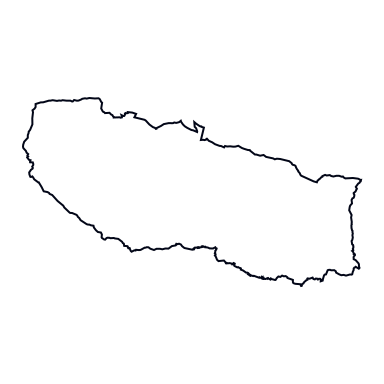 Vizantea-Livezi, Vrancea, Romania (Robinson projection)
{"feature_id": "2599482B64816881324136", "entity_name": "Vizantea-Livezi", "entity_type": "district", "adm_level": 2, "iso_a3": "ROU", "parent_name": "Romania", "parent_adm1": "Vrancea", "projection": "robinson", "projection_center": [26.804, 45.968], "detail": "fine", "context": "isolated", "style": "outline", "palette": "ink", "viewbox_px": 384, "rotation_deg": 0, "n_neighbors": 0, "source": "geoboundaries", "source_scale": "gbopen_adm2", "svg_char_len": 6027}
<svg xmlns="http://www.w3.org/2000/svg" viewBox="0 0 384 384"><path d="M154.0,250.0L156.5,248.8L160.0,248.8L162.3,249.3L165.4,248.5L168.5,248.6L171.9,246.1L175.7,245.4L176.6,244.5L176.0,244.4L176.3,243.8L177.9,244.1L179.0,243.7L180.9,244.5L182.1,246.2L184.4,248.0L192.3,249.7L194.0,249.4L194.3,248.8L193.8,248.4L194.8,247.6L196.6,247.6L198.0,247.1L198.3,247.1L198.1,248.0L199.3,247.9L199.8,247.5L202.2,247.0L201.9,246.3L202.1,246.2L203.0,246.2L203.7,246.8L205.4,246.7L205.6,246.9L205.5,247.3L207.7,247.5L209.7,248.4L213.0,248.5L215.3,247.3L215.6,247.9L216.5,248.4L216.1,249.0L216.3,249.5L215.3,250.7L215.3,252.0L214.8,253.3L215.5,254.0L215.6,254.8L214.9,255.4L215.9,256.9L217.0,259.7L218.5,261.1L223.9,260.5L225.6,262.4L225.9,263.3L226.5,263.4L226.7,262.9L227.9,263.3L229.7,263.1L231.6,263.6L232.1,264.3L233.6,263.0L234.6,263.5L234.8,263.8L234.0,265.0L234.4,265.9L237.3,267.4L238.1,267.1L239.4,267.9L240.4,268.1L240.9,268.4L240.8,269.6L243.1,270.5L246.2,272.7L247.5,272.7L248.1,273.0L248.7,273.6L248.1,274.3L249.1,274.9L250.3,274.8L250.6,275.1L250.1,275.7L250.4,275.9L251.5,275.5L253.2,276.1L253.8,275.8L259.1,277.7L259.4,277.3L260.0,277.7L261.2,277.6L261.5,277.2L261.6,277.5L261.3,278.0L261.9,278.2L262.1,277.4L262.4,277.2L262.3,278.7L263.2,279.0L263.6,279.0L263.9,278.4L264.1,278.8L265.6,279.0L267.3,278.2L267.6,278.7L268.3,278.2L268.7,278.7L270.5,279.6L270.7,279.4L270.2,279.1L270.8,278.4L271.5,279.0L275.1,280.0L275.6,279.9L276.9,277.9L278.4,276.5L280.4,276.9L282.1,275.6L283.8,276.3L285.7,276.1L287.3,277.2L287.5,278.0L292.9,279.9L292.9,282.1L293.2,282.9L293.8,283.3L295.3,283.8L300.2,284.2L301.1,286.0L301.7,285.9L301.9,285.2L301.6,284.5L302.6,283.7L303.3,283.6L304.4,281.8L305.5,281.1L305.7,280.6L307.5,279.7L307.3,278.6L307.5,278.4L309.6,278.7L312.6,277.6L313.4,279.0L314.4,279.3L314.8,279.4L315.6,278.6L317.0,278.6L317.7,279.5L318.3,279.4L318.9,278.8L320.1,278.8L321.1,279.7L320.7,280.6L320.7,281.3L322.7,280.6L322.9,279.2L324.0,275.5L324.7,274.6L326.0,274.4L327.7,270.2L328.7,269.9L330.0,269.8L331.2,270.3L334.3,270.2L335.8,271.3L336.1,272.6L339.3,274.4L341.3,275.2L343.7,274.9L346.0,275.6L350.0,274.5L351.7,274.6L352.2,274.3L352.9,271.5L353.6,270.2L353.7,268.4L354.5,267.5L355.3,267.3L355.7,266.8L358.8,268.7L359.5,267.9L359.0,266.5L358.9,264.2L358.4,263.2L355.6,260.1L353.7,259.2L353.6,257.1L353.9,256.3L354.9,255.3L354.9,254.4L353.8,254.1L354.0,253.5L353.4,252.8L353.0,251.5L352.2,250.9L353.3,250.1L352.8,248.9L353.4,247.7L353.2,247.0L353.4,246.5L353.1,245.0L352.2,244.4L351.6,241.0L352.3,239.9L352.8,237.5L352.4,235.1L352.8,233.6L352.5,232.4L352.5,230.8L352.1,230.4L351.5,228.1L351.4,225.1L351.8,224.3L351.6,223.2L351.8,222.1L351.1,217.5L351.6,215.0L349.2,210.3L349.7,207.0L350.2,205.5L352.0,203.5L351.6,200.0L352.4,198.4L353.6,197.8L354.1,196.8L354.4,194.9L353.7,193.7L353.7,193.0L355.4,191.6L356.1,190.4L356.2,189.8L356.9,188.8L355.8,186.9L358.2,183.6L359.5,182.8L359.7,182.2L360.7,181.4L361.0,180.0L360.2,180.2L359.8,179.5L358.1,178.7L352.9,178.0L345.3,178.4L343.6,177.4L342.9,176.5L341.6,176.7L339.1,175.8L336.4,175.8L333.4,176.5L331.2,176.0L329.8,175.1L326.7,175.5L325.1,174.9L322.4,176.1L322.4,176.7L321.1,177.4L320.0,178.7L319.0,179.3L318.5,180.0L317.6,180.5L316.9,182.3L313.7,181.4L301.2,175.7L300.3,174.6L299.8,173.2L298.2,171.4L298.2,170.7L297.1,169.4L296.0,167.4L295.7,166.2L294.7,165.3L292.6,164.7L292.1,164.2L291.6,163.1L289.2,161.2L280.2,159.0L276.9,158.7L274.8,159.3L273.1,158.4L266.1,156.9L263.6,155.0L260.1,155.7L256.2,154.5L254.9,154.5L250.0,150.6L249.8,150.1L247.9,150.0L244.3,148.9L241.9,148.0L238.3,145.8L235.4,146.6L233.3,146.7L230.2,146.3L227.1,146.5L225.0,146.0L224.1,147.4L221.0,146.0L219.6,145.9L215.0,144.2L212.2,142.3L208.8,140.8L206.9,138.7L206.5,138.8L206.2,139.6L204.6,140.1L203.1,139.8L200.9,140.0L203.9,127.6L201.6,126.9L201.2,126.7L201.2,126.4L199.8,126.2L196.0,123.6L194.3,122.1L194.7,126.8L196.1,128.2L197.2,131.3L197.1,132.0L193.1,130.3L191.4,130.0L187.3,127.9L184.8,126.3L183.0,124.5L181.1,121.8L180.8,120.8L179.2,122.1L177.9,122.5L176.2,122.9L174.2,122.5L173.2,123.1L172.3,123.2L168.8,123.1L163.8,124.1L160.9,126.0L156.5,128.1L156.5,128.7L155.9,128.9L155.0,127.9L152.9,127.1L149.4,124.5L145.8,120.6L144.6,119.8L134.4,117.3L136.1,113.9L132.3,112.6L127.9,112.1L128.1,112.9L127.8,113.1L126.2,113.3L125.7,113.0L124.9,113.5L125.0,114.6L124.3,115.9L123.4,116.0L121.5,115.1L122.0,116.5L121.9,117.4L120.5,117.7L119.8,117.3L113.9,117.5L114.0,117.0L113.1,116.5L112.4,115.1L111.1,114.5L109.5,112.8L105.0,113.1L104.2,112.2L103.3,111.9L102.7,111.3L101.2,108.5L102.1,102.7L101.2,101.9L99.8,99.2L98.6,98.3L94.8,98.5L89.3,98.0L86.7,98.6L85.0,98.3L82.2,98.8L81.4,99.4L78.5,100.6L76.9,100.7L74.1,100.0L72.8,101.4L72.1,101.5L70.5,100.7L66.8,100.7L62.6,100.2L61.0,100.7L59.1,100.5L57.0,100.9L52.7,100.2L50.1,100.7L49.1,100.6L43.2,102.3L40.7,102.4L35.6,104.0L35.6,107.0L34.6,108.6L32.5,110.3L33.0,112.2L32.3,118.3L32.4,124.4L30.1,129.9L28.7,131.7L28.6,133.0L27.8,135.1L27.8,137.8L24.2,141.7L23.2,144.7L23.0,146.8L23.4,148.2L25.9,150.9L26.6,152.7L28.2,154.1L27.4,155.6L28.1,156.5L27.3,157.0L27.1,157.4L29.1,159.9L30.5,160.2L30.0,161.9L30.1,162.3L32.8,162.4L33.3,164.1L33.2,165.1L32.2,166.6L32.8,167.9L32.6,168.6L31.0,169.8L29.2,172.4L29.4,174.4L30.3,176.8L31.0,177.0L32.3,176.4L33.2,177.5L34.2,179.3L38.4,182.5L38.8,182.4L41.7,187.2L43.7,191.3L47.6,192.1L49.1,193.0L49.6,193.9L52.2,195.0L57.6,201.0L63.3,205.7L64.3,207.5L69.4,212.4L70.1,212.9L72.1,213.0L76.4,214.8L77.2,215.5L77.8,216.8L79.2,218.0L80.6,220.2L86.7,224.2L88.1,224.6L89.4,224.6L90.9,225.3L93.5,225.7L93.9,227.5L96.0,230.3L97.9,232.0L100.9,232.5L101.9,234.5L101.6,237.3L101.9,237.9L104.2,239.5L105.2,239.6L106.5,238.1L107.5,237.7L109.4,237.8L110.5,238.2L113.9,238.0L114.7,238.4L118.3,238.9L122.1,241.8L122.8,243.1L123.8,243.6L124.2,245.9L127.2,246.1L127.8,246.5L127.9,247.7L128.4,248.3L129.3,248.0L129.7,248.1L130.1,249.5L130.9,251.1L131.6,251.7L134.4,250.3L135.6,250.5L136.0,249.8L139.0,250.1L140.6,249.9L144.6,247.7L145.5,247.7L146.8,247.2L148.5,247.3L150.3,248.7L154.0,250.0Z" fill="none" stroke="#020617" stroke-width="2"/></svg>